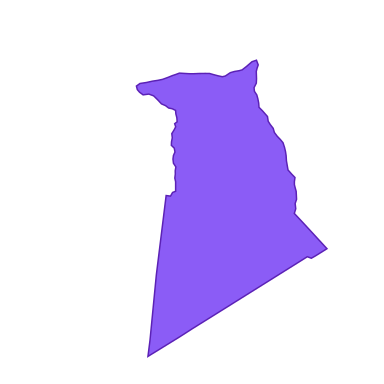 Presidente Vargas, Maranhão, Brazil (Albers equal-area conic projection), rotated 148°
{"feature_id": "56859067B97950070830683", "entity_name": "Presidente Vargas", "entity_type": "district", "adm_level": 2, "iso_a3": "BRA", "parent_name": "Brazil", "parent_adm1": "Maranhão", "projection": "albers", "projection_center": [-44.012, -3.405], "detail": "fine", "context": "isolated", "style": "filled", "palette": "violet", "viewbox_px": 384, "rotation_deg": 148, "n_neighbors": 0, "source": "geoboundaries", "source_scale": "gbopen_adm2", "svg_char_len": 1468}
<svg xmlns="http://www.w3.org/2000/svg" viewBox="0 0 384 384"><g transform="rotate(148 192 192)"><path d="M125.9,72.6L121.3,72.4L107.6,72.4L113.9,105.9L116.6,119.6L112.9,122.8L110.6,127.6L107.2,130.4L103.3,137.4L102.3,140.8L101.3,143.9L99.7,146.5L97.0,149.7L98.0,154.4L98.9,159.8L95.4,168.4L92.9,173.0L91.3,176.7L89.9,180.8L88.7,185.6L89.3,189.9L90.2,194.2L90.6,198.8L89.4,203.0L89.9,207.8L89.9,211.6L88.0,216.0L89.2,223.4L90.3,228.3L88.3,232.1L86.7,236.3L85.6,240.0L85.7,244.3L84.1,247.6L79.8,250.2L77.3,253.8L73.6,260.2L71.3,262.4L68.5,264.7L67.5,269.6L72.1,270.7L79.1,269.6L84.8,269.0L87.8,269.9L92.1,271.7L96.3,272.9L102.3,272.7L105.2,273.7L108.3,276.7L111.5,280.1L114.3,283.2L117.9,285.5L123.3,288.8L127.9,291.4L131.7,293.8L134.8,296.0L139.7,299.5L143.6,300.3L146.9,301.1L151.5,301.9L157.2,303.1L161.6,304.7L166.9,307.0L172.6,309.0L178.6,311.6L183.0,311.3L184.1,307.8L183.6,304.4L182.0,300.3L176.7,297.9L173.6,293.9L172.3,288.6L171.2,282.9L168.7,279.3L167.3,275.6L164.6,273.0L162.7,269.9L164.3,266.8L165.5,263.0L167.4,259.4L170.5,259.1L171.3,255.9L174.0,254.3L178.2,252.2L180.0,248.4L182.8,245.4L184.8,242.5L183.8,238.6L185.3,234.9L188.4,232.8L190.7,230.0L192.5,226.2L192.4,221.8L194.9,219.0L196.7,216.0L199.2,212.9L200.5,209.3L203.3,204.8L205.5,201.3L208.7,201.9L212.4,199.9L215.8,202.7L266.0,140.8L306.2,88.5L316.5,75.9L313.2,75.9L278.6,75.7L264.5,75.9L257.3,75.9L215.3,75.9L128.5,76.0L125.9,72.6Z" fill="#8b5cf6" stroke="#5b21b6" stroke-width="1.5"/></g></svg>